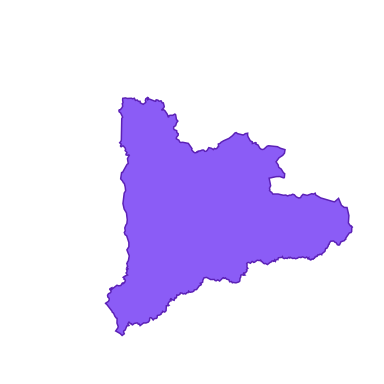 the district of Dak Mil, Đắk Nông, Vietnam, rotated 243°
{"feature_id": "81297802B8433513238207", "entity_name": "Dak Mil", "entity_type": "district", "adm_level": 2, "iso_a3": "VNM", "parent_name": "Vietnam", "parent_adm1": "Đắk Nông", "projection": "mercator", "projection_center": [107.656, 12.52], "detail": "fine", "context": "isolated", "style": "filled", "palette": "violet", "viewbox_px": 384, "rotation_deg": 243, "n_neighbors": 0, "source": "geoboundaries", "source_scale": "gbopen_adm2", "svg_char_len": 5948}
<svg xmlns="http://www.w3.org/2000/svg" viewBox="0 0 384 384"><g transform="rotate(243 192 192)"><path d="M95.9,64.6L96.4,67.3L98.4,67.5L99.2,68.2L99.4,69.9L102.2,73.0L101.7,75.2L103.5,74.9L104.7,76.6L104.3,77.1L102.6,77.2L102.2,78.2L101.1,78.3L100.6,78.7L101.1,80.8L100.3,83.6L99.7,84.1L98.6,84.1L98.2,85.1L96.5,85.1L97.3,89.4L96.2,91.5L95.9,94.0L96.8,95.8L98.6,96.9L99.0,97.7L98.3,98.7L95.6,99.3L96.3,100.9L95.5,103.1L96.2,104.1L97.7,105.1L97.1,107.2L97.1,108.9L97.9,109.4L98.2,111.0L99.0,111.6L97.4,113.2L98.0,115.0L102.3,117.5L101.4,119.4L101.5,120.1L102.5,119.5L103.1,119.8L104.1,120.9L104.9,123.1L104.6,123.9L105.3,124.2L106.1,123.9L106.6,124.6L106.4,125.0L105.3,125.2L103.6,126.9L105.4,128.8L104.9,129.2L104.9,130.1L107.1,131.8L106.3,132.7L106.3,134.7L107.3,135.8L106.4,137.2L105.2,137.8L104.9,139.3L104.0,140.1L104.6,141.6L104.1,142.9L105.2,143.9L103.6,144.6L102.8,147.1L102.9,148.7L103.7,149.6L103.0,151.8L105.1,155.8L105.1,157.8L105.6,158.4L106.9,158.0L106.7,160.4L108.7,161.8L110.1,163.8L109.2,166.3L105.5,168.9L104.0,172.1L102.6,172.4L101.9,173.2L102.0,175.1L100.1,176.2L101.5,180.7L101.3,181.2L100.4,181.3L100.3,182.8L98.8,183.1L97.1,185.0L94.9,184.8L94.3,186.5L92.8,186.7L92.8,187.5L91.1,189.9L90.6,192.8L91.0,194.2L93.2,195.5L94.2,196.9L95.7,197.7L95.6,198.9L94.3,200.4L94.0,201.5L96.1,200.9L96.4,201.4L95.7,202.9L96.8,205.2L98.2,205.4L98.6,207.1L100.1,206.8L102.1,208.0L103.5,208.3L103.8,209.5L103.6,210.4L102.0,211.7L102.8,214.0L102.3,214.6L101.4,214.8L101.0,215.7L101.6,219.1L100.3,220.9L100.2,222.2L99.7,222.4L98.7,222.1L98.1,222.8L96.0,223.4L95.3,223.9L94.9,225.1L93.1,226.3L93.8,229.6L93.7,231.3L94.2,231.7L93.8,233.2L93.2,233.2L93.0,233.8L93.9,234.7L92.4,234.9L93.4,236.0L93.3,237.2L92.7,237.8L94.2,239.1L92.9,242.5L93.3,243.2L92.0,243.1L90.8,243.9L90.7,245.2L89.5,246.8L89.9,248.3L88.8,249.1L89.3,249.8L87.0,251.6L86.6,253.2L85.5,254.0L85.1,256.1L85.4,257.1L84.8,258.6L84.1,259.2L84.1,261.0L81.9,262.9L82.0,264.5L81.4,264.9L80.3,264.9L80.4,265.7L80.0,265.3L79.9,265.9L79.2,265.7L78.9,266.4L78.2,266.4L77.5,267.0L77.8,268.6L77.1,269.4L77.5,270.1L77.4,271.0L78.2,271.9L77.9,272.7L78.4,273.5L77.9,274.3L78.9,275.8L78.3,276.5L78.5,277.5L78.2,278.2L77.2,279.1L78.0,279.8L78.8,283.5L81.0,285.4L80.6,286.6L82.0,288.8L83.3,289.9L83.2,290.5L84.2,291.4L85.2,293.2L84.0,296.0L82.4,296.5L81.5,297.4L79.0,297.6L78.2,298.4L77.9,299.4L80.0,302.1L79.5,305.9L80.2,306.7L80.1,307.6L81.2,308.2L84.1,313.6L83.7,315.3L84.3,316.3L87.6,318.1L87.9,318.9L89.7,318.4L89.8,317.8L93.4,317.3L99.8,321.1L107.8,323.1L109.2,320.6L112.3,319.1L119.8,319.7L118.5,314.7L119.5,313.3L128.3,304.0L133.2,300.9L135.0,301.2L135.0,299.2L136.1,298.0L136.7,293.1L139.5,289.9L138.6,287.4L137.7,286.3L138.1,284.5L140.3,282.7L143.1,281.9L144.3,280.7L144.3,278.6L144.9,277.6L145.1,275.4L146.7,274.2L147.6,272.0L151.2,267.7L153.5,263.1L155.6,262.8L156.5,262.2L158.3,261.8L158.9,262.5L160.3,262.8L161.8,264.9L169.3,267.0L167.5,273.9L165.9,277.3L163.1,279.9L162.9,280.8L166.2,282.9L167.8,282.2L171.9,281.9L174.6,280.5L177.2,281.1L180.7,280.6L183.0,285.1L183.5,289.6L184.6,292.0L187.5,294.1L190.9,290.6L193.6,288.7L198.4,281.3L198.7,279.8L197.6,275.7L197.7,274.4L198.6,273.1L200.4,272.3L203.9,272.2L205.7,270.7L206.6,271.4L207.1,271.2L207.8,267.8L209.4,268.5L211.1,267.2L215.7,267.0L217.4,267.3L219.1,268.3L219.8,266.0L219.5,263.9L219.8,263.2L223.3,259.1L224.9,258.3L225.1,257.1L223.8,253.6L223.0,249.3L223.3,243.4L223.1,240.3L222.6,239.3L222.8,237.2L220.4,236.3L220.5,235.6L219.5,233.7L219.9,232.3L220.7,231.7L220.1,230.2L222.1,229.2L223.9,227.1L222.2,224.4L221.9,222.9L222.5,221.8L223.9,221.5L224.4,221.0L224.8,219.8L224.9,218.0L225.5,216.6L225.2,216.0L225.6,215.6L225.1,214.7L225.6,214.3L225.2,213.5L225.6,212.4L226.8,211.6L229.3,210.9L230.0,211.0L230.7,211.7L237.0,210.8L240.5,206.3L241.3,204.3L242.1,203.8L244.2,203.8L246.5,202.2L247.8,203.0L248.9,205.5L250.2,206.2L251.8,205.5L253.6,206.2L255.7,204.4L256.8,204.4L258.4,205.4L258.5,207.5L260.8,209.8L261.5,211.5L262.2,211.6L263.5,211.0L268.3,212.5L269.2,212.1L269.1,209.6L270.3,207.3L270.4,206.1L269.5,205.3L269.8,204.9L272.5,205.3L276.6,204.8L278.2,204.1L278.6,202.5L279.0,202.5L280.0,205.3L280.8,206.1L284.4,206.9L284.9,206.0L287.3,205.8L287.8,203.9L289.2,203.4L290.2,202.3L290.3,201.6L289.4,200.9L289.5,200.4L294.4,196.0L294.3,194.4L294.8,194.5L295.8,195.8L296.4,195.4L296.0,193.1L294.6,191.9L293.3,191.8L292.8,191.3L292.3,188.3L294.9,186.4L296.4,186.9L297.1,185.4L298.8,185.0L299.3,183.2L301.7,183.2L302.0,181.5L303.1,180.5L304.7,176.9L306.1,175.3L306.9,172.8L305.4,171.9L302.9,171.1L302.2,169.8L301.4,169.8L299.7,169.0L298.7,167.5L297.9,165.4L298.3,164.6L297.8,163.9L296.6,163.5L294.9,164.3L290.2,164.2L289.5,162.9L288.7,162.4L270.5,152.7L269.5,151.8L268.7,149.9L266.7,150.7L265.5,149.2L264.9,149.1L264.4,149.6L264.6,151.0L264.2,151.7L261.5,152.4L260.2,152.2L259.2,151.2L256.9,152.0L256.0,151.2L255.7,150.3L254.9,150.1L254.1,151.1L253.7,152.6L253.2,152.8L251.0,149.6L246.3,148.1L246.1,146.6L241.0,139.0L241.3,138.1L236.1,134.4L233.3,135.1L231.3,135.1L230.5,135.6L226.9,134.8L223.2,133.4L221.8,131.1L213.0,125.2L207.6,123.8L203.1,124.1L196.6,121.7L193.4,119.6L192.6,118.1L190.5,115.8L187.6,114.8L186.7,113.3L184.4,113.0L182.6,113.9L175.6,112.8L171.9,110.9L170.0,107.7L163.6,107.1L159.7,104.1L158.8,102.5L158.1,102.2L158.0,101.5L154.9,100.9L154.4,99.7L152.9,100.0L153.1,98.6L152.6,98.5L152.0,99.1L151.6,98.4L150.3,97.8L149.8,96.5L147.3,96.9L147.6,94.5L147.2,94.0L147.5,93.4L147.2,91.9L145.8,92.4L145.2,91.9L144.8,92.5L143.1,92.3L142.0,90.8L141.6,89.4L141.7,88.8L142.4,89.1L142.4,88.4L141.0,86.1L141.7,84.1L143.0,82.8L141.7,76.2L141.8,75.6L142.2,75.5L142.6,77.2L143.1,77.3L143.1,75.0L142.6,74.5L140.5,75.0L139.7,74.3L139.2,73.0L139.3,71.5L138.4,69.9L136.7,69.3L134.8,69.9L133.4,69.2L132.5,67.8L132.1,64.4L131.7,64.4L131.2,64.9L122.1,66.6L120.9,66.4L119.9,67.1L116.2,66.9L114.0,67.3L113.4,67.9L109.2,65.6L105.7,65.2L104.6,64.3L102.8,60.9L98.6,63.7L95.9,64.6Z" fill="#8b5cf6" stroke="#5b21b6" stroke-width="1.5"/></g></svg>